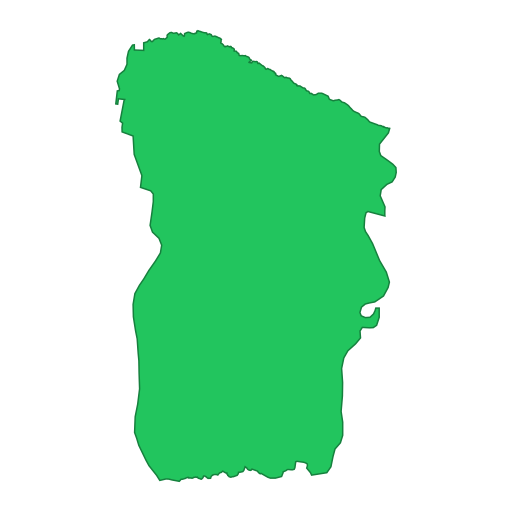 the district of Ysyk-Ata, Chuy, Kyrgyzstan
{"feature_id": "92254566B31675215078110", "entity_name": "Ysyk-Ata", "entity_type": "district", "adm_level": 2, "iso_a3": "KGZ", "parent_name": "Kyrgyzstan", "parent_adm1": "Chuy", "projection": "albers", "projection_center": [74.932, 42.711], "detail": "fine", "context": "isolated", "style": "filled", "palette": "green", "viewbox_px": 512, "rotation_deg": 0, "n_neighbors": 0, "source": "geoboundaries", "source_scale": "gbopen_adm2", "svg_char_len": 5879}
<svg xmlns="http://www.w3.org/2000/svg" viewBox="0 0 512 512"><path d="M149.4,39.5L147.3,41.8L143.7,42.8L143.7,50.4L134.4,50.0L134.3,44.8L132.5,45.1L128.5,51.3L127.0,58.1L127.0,64.3L124.3,70.4L119.4,74.4L117.2,81.2L119.5,88.8L119.2,90.6L117.3,90.9L115.8,103.9L117.7,104.2L118.4,98.8L124.7,99.5L124.0,100.8L120.1,121.1L122.6,123.1L122.0,127.3L122.1,131.9L133.1,136.0L134.2,154.4L141.9,175.6L140.5,187.4L150.7,190.8L153.3,194.0L153.3,201.7L152.0,212.2L150.1,225.4L152.5,232.1L159.0,238.3L161.7,245.2L160.4,253.0L155.5,261.0L148.9,270.4L143.7,279.1L139.5,285.2L134.9,293.6L133.1,304.4L133.4,316.8L135.6,330.9L137.2,338.9L138.2,353.3L138.9,360.9L139.1,372.9L139.6,388.9L137.7,404.2L135.2,416.7L134.6,432.5L136.7,438.3L138.8,445.3L146.0,460.2L149.0,465.7L156.6,475.3L159.8,480.4L165.8,479.0L167.1,479.0L168.9,479.1L171.9,479.9L179.3,481.3L181.1,479.3L182.6,479.2L184.5,478.6L185.1,478.5L185.4,478.3L186.1,478.0L186.6,477.7L188.1,477.3L188.4,477.9L189.0,477.7L189.2,478.0L190.3,478.0L190.7,477.9L191.2,478.1L192.7,478.1L193.1,477.9L193.6,477.4L194.7,477.3L195.7,477.0L196.2,477.3L197.4,477.1L198.2,478.2L200.3,478.8L201.0,479.2L201.6,479.1L201.9,478.7L202.4,478.3L203.0,477.6L203.5,476.1L204.4,476.0L205.0,476.1L205.4,476.6L206.1,476.7L206.9,477.6L207.6,478.0L207.9,478.3L208.2,478.2L208.6,478.4L209.0,478.2L209.9,478.4L210.6,478.2L211.1,476.5L212.5,475.1L212.8,475.2L213.3,474.7L214.8,474.5L216.6,474.5L216.8,474.7L217.7,475.0L218.1,474.8L218.3,474.1L218.7,473.9L219.6,472.9L221.3,472.4L222.8,471.1L224.4,472.2L226.1,473.1L226.9,473.0L227.1,474.3L227.7,474.8L227.8,475.5L228.3,475.6L229.1,476.7L230.8,477.2L232.9,476.6L233.4,476.7L237.2,475.3L238.4,473.5L238.5,472.3L240.6,472.1L242.8,471.6L243.8,470.4L245.1,466.7L246.7,467.9L247.7,469.3L248.8,470.0L250.3,470.4L251.4,470.0L251.5,469.7L252.0,469.1L257.5,471.1L258.5,472.6L260.2,473.8L261.1,473.4L267.8,477.2L270.3,478.1L275.5,478.1L281.6,476.5L283.0,472.9L283.2,471.8L285.8,470.7L287.3,469.6L288.7,469.5L290.2,469.7L292.4,469.8L294.2,469.3L294.9,467.7L295.7,461.8L297.0,461.3L301.1,461.9L303.5,462.2L305.4,462.8L307.3,463.9L307.4,465.9L306.7,468.1L310.5,472.7L311.6,475.1L326.8,472.7L330.9,466.8L333.0,456.5L335.0,449.0L340.4,442.8L342.7,435.3L342.7,422.2L341.1,411.4L342.4,396.0L342.6,382.6L341.6,368.5L343.8,357.9L347.9,350.7L355.6,343.8L360.5,337.9L360.0,331.0L362.3,327.4L369.7,327.8L373.3,327.6L376.6,325.3L379.2,317.3L379.2,308.1L375.8,308.1L375.1,310.6L373.5,314.0L370.0,317.3L365.3,317.6L361.2,315.8L359.9,312.5L361.5,307.1L365.3,304.0L369.1,303.0L374.8,301.9L383.5,296.0L388.1,287.5L389.4,282.1L386.3,272.1L379.6,260.6L372.6,243.7L368.2,235.7L365.5,231.6L364.1,227.5L364.7,218.0L366.0,212.8L367.9,211.5L384.9,216.0L384.8,214.7L384.8,210.6L385.0,206.9L380.2,195.8L381.2,189.6L387.0,184.3L392.1,181.9L395.2,177.1L396.2,172.5L395.9,167.6L392.9,164.3L388.5,161.0L380.8,155.6L379.3,151.5L379.5,144.1L388.4,132.9L389.7,128.4L389.3,128.3L388.9,128.7L387.7,127.9L386.4,127.9L384.3,127.2L384.1,126.8L383.8,126.6L383.6,127.0L382.7,126.6L381.6,125.9L380.7,125.6L378.4,125.4L376.8,124.5L376.6,124.5L369.7,122.0L369.1,121.4L367.7,119.7L365.1,117.4L363.8,116.9L362.1,116.6L361.2,116.3L360.7,115.8L359.3,114.0L358.8,113.6L358.0,113.1L356.2,112.4L353.9,111.3L352.8,110.5L351.5,109.0L349.8,107.3L348.9,106.1L347.6,104.9L344.5,102.8L342.0,102.1L341.6,101.8L340.3,100.5L338.9,99.6L338.4,99.7L337.6,100.0L334.8,100.3L334.5,100.5L333.7,100.7L333.0,100.7L330.1,99.6L329.4,99.2L329.0,98.5L328.5,97.1L328.1,96.2L322.5,93.5L321.5,93.2L318.5,93.2L318.0,93.4L316.3,94.5L315.5,94.7L313.6,94.9L313.3,94.9L312.5,94.1L311.8,93.8L311.5,93.5L310.9,93.3L310.3,93.5L309.9,93.5L309.7,93.3L309.1,92.0L308.8,91.6L308.0,91.1L306.8,90.9L306.5,90.7L305.5,89.5L305.6,89.3L305.2,88.7L304.6,88.1L303.2,88.0L300.9,86.6L300.3,86.1L299.2,85.9L297.3,85.9L297.0,85.8L296.7,85.5L296.9,84.8L296.2,84.2L293.8,83.2L291.9,80.9L291.0,80.1L290.1,78.6L288.9,78.0L288.3,78.1L286.8,77.7L286.2,77.3L285.8,77.3L285.0,77.7L284.4,77.6L283.6,76.8L283.1,76.6L282.5,75.9L281.9,75.8L281.5,75.4L278.9,76.4L278.6,76.4L277.3,75.7L276.4,75.3L276.1,74.9L275.6,74.7L275.7,73.8L275.6,73.3L275.2,73.0L274.3,72.8L274.2,72.2L274.0,71.6L273.3,71.2L272.7,71.3L272.2,70.8L270.7,70.0L270.2,69.5L269.2,69.4L268.8,69.1L267.7,68.5L266.1,69.3L265.3,68.6L264.9,67.5L263.0,65.8L262.5,65.8L259.1,63.1L258.7,63.2L258.3,63.5L257.9,63.5L257.7,63.1L257.6,62.5L257.2,61.8L256.6,61.5L255.5,61.7L253.2,61.3L252.6,61.4L251.7,62.9L249.1,62.5L249.0,62.4L249.5,61.7L250.1,61.2L251.2,60.6L251.4,60.3L251.3,60.1L250.4,59.7L249.6,58.8L249.0,57.5L247.7,56.7L246.6,56.5L245.3,55.6L244.9,55.8L243.3,55.7L242.1,55.5L240.9,55.7L239.3,55.5L239.1,55.2L238.7,53.5L238.6,53.3L237.3,52.8L236.9,52.0L236.2,51.2L234.4,51.1L234.1,51.0L234.3,49.5L234.0,48.8L233.6,48.5L232.4,47.8L231.5,47.7L231.1,46.6L230.2,46.4L229.5,46.9L227.9,46.1L227.5,45.9L226.7,46.4L225.7,46.3L225.4,46.7L225.1,46.7L224.8,46.7L224.1,46.1L223.3,44.9L221.8,43.5L221.0,43.2L220.7,42.9L220.7,42.5L221.0,41.8L221.1,41.4L221.1,40.6L221.1,40.0L221.4,39.4L220.9,38.9L219.7,38.0L218.7,37.8L217.1,36.9L216.8,36.9L216.4,36.6L215.9,36.6L215.7,36.3L214.7,36.1L213.3,36.4L212.3,36.4L212.0,36.1L211.2,34.6L210.6,34.6L209.8,33.9L208.9,34.0L208.5,34.2L207.4,34.6L207.0,34.0L206.9,33.3L206.5,32.9L204.1,32.7L202.2,32.2L200.1,31.4L199.2,31.2L197.9,30.7L197.6,31.2L196.8,31.2L196.5,33.0L195.1,33.2L194.8,33.8L193.5,33.8L192.2,33.5L191.0,33.2L190.0,32.6L188.5,32.2L187.4,32.4L184.8,33.5L184.5,33.9L184.5,34.8L184.3,36.1L184.1,36.3L183.3,36.0L180.6,33.4L179.7,34.2L178.6,34.9L177.5,33.4L176.5,32.8L173.6,33.3L172.9,33.1L172.3,32.8L171.2,32.4L170.7,32.6L170.0,32.7L169.3,33.2L168.3,34.0L167.4,34.8L167.1,35.4L167.2,36.4L167.1,37.4L166.0,38.4L164.9,39.2L164.5,39.1L163.5,38.6L162.3,39.0L161.5,38.7L160.3,38.8L159.3,38.1L158.4,38.1L157.0,38.6L154.7,39.3L153.2,40.5L152.9,41.1L152.5,41.5L151.9,41.7L151.2,41.4L150.3,40.2L149.4,39.5Z" fill="#22c55e" stroke="#15803d" stroke-width="1.5"/></svg>